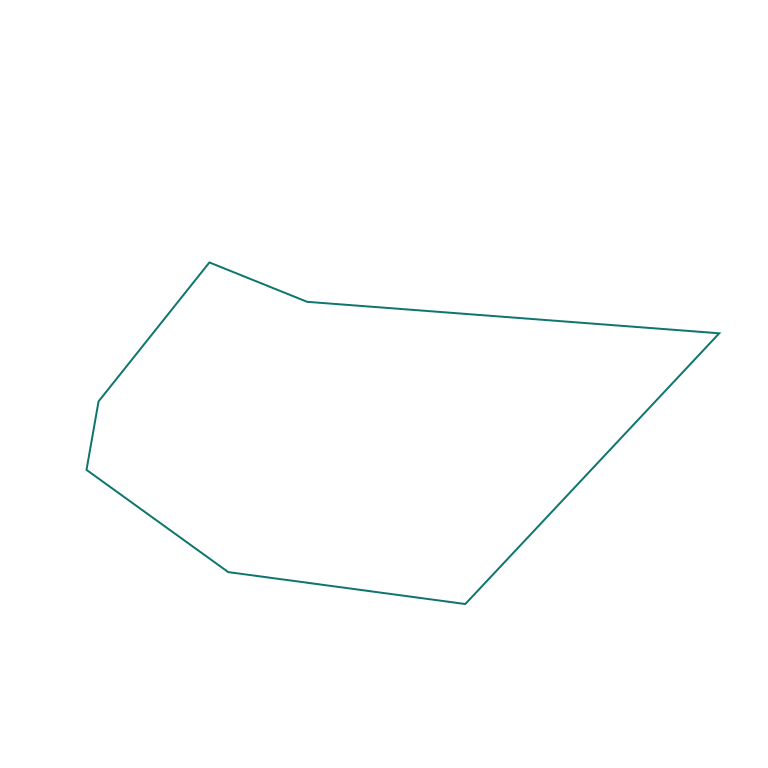 The Farrington, Equal Earth projection, rotated 223°
{"feature_id": "AIA-5124", "entity_name": "The Farrington", "entity_type": "District", "adm_level": 1, "iso_a3": "AIA", "parent_name": "Anguilla", "parent_adm1": "", "projection": "equal_earth", "projection_center": [-63.044, 18.213], "detail": "fine", "context": "isolated", "style": "outline", "palette": "teal", "viewbox_px": 768, "rotation_deg": 223, "n_neighbors": 0, "source": "natural_earth", "source_scale": "10m", "svg_char_len": 274}
<svg xmlns="http://www.w3.org/2000/svg" viewBox="0 0 768 768"><g transform="rotate(223 384 384)"><path d="M594.6,353.8L496.2,391.7L173.4,649.7L174.1,400.4L174.5,278.5L369.6,140.2L543.0,118.3L580.9,176.6L594.6,353.8Z" fill="none" stroke="#0f766e" stroke-width="2"/></g></svg>